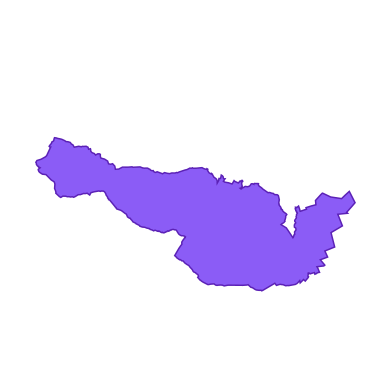 outline of Cetate, Bistrita-Nasaud, Romania, rotated 208°
{"feature_id": "2599482B32384064794632", "entity_name": "Cetate", "entity_type": "district", "adm_level": 2, "iso_a3": "ROU", "parent_name": "Romania", "parent_adm1": "Bistrita-Nasaud", "projection": "albers", "projection_center": [24.662, 47.098], "detail": "fine", "context": "isolated", "style": "filled", "palette": "violet", "viewbox_px": 384, "rotation_deg": 208, "n_neighbors": 0, "source": "geoboundaries", "source_scale": "gbopen_adm2", "svg_char_len": 5983}
<svg xmlns="http://www.w3.org/2000/svg" viewBox="0 0 384 384"><g transform="rotate(208 192 192)"><path d="M343.8,144.9L342.9,144.3L342.4,143.4L341.4,142.8L340.5,142.4L339.7,142.5L339.6,142.2L339.0,141.9L338.4,142.1L337.5,142.1L338.4,139.8L337.8,139.0L336.9,138.3L336.1,137.9L335.0,137.7L332.5,137.5L329.1,138.8L321.8,136.5L318.6,136.3L317.7,135.6L316.7,134.5L315.0,130.6L313.5,129.4L312.0,127.9L311.7,127.0L307.0,125.7L305.3,125.6L304.1,127.7L301.5,129.0L299.8,129.3L298.5,130.1L296.8,130.6L295.5,131.6L294.0,131.8L292.8,133.4L291.2,136.2L289.4,137.2L287.0,139.8L285.6,140.4L284.0,141.7L280.9,141.3L280.9,143.9L278.8,146.0L274.7,149.2L273.2,149.5L272.5,150.3L270.6,151.2L269.3,151.1L267.5,150.1L266.3,148.9L264.3,148.0L263.7,147.1L262.6,147.0L262.1,146.1L260.8,146.2L253.4,143.1L252.7,142.7L251.7,142.6L251.5,142.2L250.5,141.7L246.4,142.4L244.7,142.3L241.2,141.7L239.5,141.6L237.2,139.7L235.0,139.5L234.2,139.8L233.0,139.1L231.6,138.7L230.2,137.9L226.9,138.0L226.6,137.7L223.4,137.8L222.5,137.7L222.0,137.3L219.5,137.7L217.1,138.7L215.0,138.9L213.4,139.4L212.7,139.4L212.4,139.7L211.4,139.3L209.5,139.7L207.6,139.7L206.7,140.9L205.4,141.1L204.4,141.1L203.6,141.3L203.6,141.6L203.2,141.6L203.1,141.8L202.7,141.8L202.4,142.1L201.3,141.9L200.0,141.9L199.3,142.1L199.2,142.5L197.9,142.6L197.4,142.9L197.1,143.5L196.6,143.9L196.4,144.5L195.6,145.1L195.5,145.9L195.4,146.1L194.4,146.3L194.2,146.9L193.6,147.1L193.3,148.2L192.6,148.5L192.4,149.0L191.9,149.6L190.7,150.3L189.3,150.5L188.7,150.9L187.7,150.9L186.7,150.2L184.8,149.1L184.1,148.7L182.8,148.4L180.9,148.4L179.3,149.2L177.7,149.5L176.7,149.3L176.7,148.7L176.9,148.4L176.7,148.3L176.9,148.0L177.1,147.2L177.0,146.9L177.1,146.6L177.3,145.9L177.5,143.0L176.4,141.0L176.7,139.6L177.1,136.1L177.4,127.7L175.1,127.1L174.7,126.8L174.1,126.7L171.8,126.4L170.8,126.4L170.5,126.8L169.7,126.7L168.8,126.4L168.1,126.7L167.2,126.9L165.5,126.1L164.7,125.9L162.1,125.6L160.3,125.6L158.3,124.6L155.3,123.6L153.8,122.5L152.9,122.2L150.8,122.4L150.2,122.0L149.6,121.9L148.3,121.9L147.5,121.4L146.7,120.7L146.9,119.3L143.6,118.0L142.9,118.1L142.1,117.8L139.8,117.6L134.5,117.7L133.8,118.1L132.3,119.4L129.4,121.2L127.5,120.9L126.1,121.3L125.2,122.0L123.1,123.3L121.5,124.0L119.5,124.2L116.4,126.7L103.3,133.5L99.6,135.8L99.0,136.5L95.3,135.5L93.8,135.9L90.4,135.6L89.2,135.7L86.8,136.6L84.7,137.7L84.0,137.5L83.2,138.6L76.0,150.3L73.6,149.2L71.4,151.4L70.5,152.0L68.9,152.5L68.2,152.9L65.3,153.2L63.2,154.6L62.7,154.7L57.4,158.9L56.4,160.4L55.9,161.9L55.3,164.3L53.8,162.5L52.4,167.1L50.2,166.5L49.3,170.7L49.3,171.9L50.2,172.1L50.7,173.7L50.6,174.3L51.2,174.5L51.3,175.1L50.0,175.5L49.2,175.2L48.0,176.5L46.1,178.3L44.9,177.1L43.9,178.3L44.0,178.5L42.8,180.1L41.7,180.9L45.0,183.7L46.6,184.7L40.9,188.6L40.4,189.8L46.9,192.4L41.7,198.2L41.8,198.3L47.0,202.3L40.2,210.4L50.2,221.4L43.3,232.7L52.8,240.8L44.6,246.3L45.9,246.7L43.9,255.0L43.0,259.1L53.4,266.4L55.3,261.1L56.8,256.4L67.2,252.7L76.1,252.3L76.4,252.1L77.1,249.9L79.0,242.5L76.6,238.9L80.1,235.7L84.0,231.7L82.8,230.6L84.8,228.5L87.4,225.7L87.5,225.7L88.7,227.2L91.3,229.6L92.3,227.2L93.1,227.4L93.5,227.1L93.1,226.8L93.0,225.6L92.0,224.9L91.5,224.1L90.9,224.2L90.4,223.9L90.1,223.2L89.1,223.0L88.9,222.5L89.2,221.6L89.1,221.0L88.7,220.5L88.6,219.4L88.4,218.9L87.8,218.4L87.7,217.9L88.0,215.6L87.9,215.0L87.3,214.2L86.8,214.1L86.0,213.5L85.9,213.1L86.2,212.2L86.3,211.7L85.9,210.4L85.5,209.7L84.9,208.9L83.7,209.0L83.1,208.4L82.6,207.7L82.4,207.1L82.7,204.9L81.4,202.7L81.6,202.3L81.8,202.1L81.3,199.8L81.3,199.4L81.4,199.0L91.9,204.6L98.1,205.0L97.7,206.3L97.2,206.9L96.5,208.2L96.2,209.9L96.7,210.1L96.9,211.7L97.3,213.4L98.0,214.8L97.7,216.6L98.6,217.0L101.5,217.4L102.9,217.8L103.8,218.7L104.4,218.8L104.9,218.5L105.6,219.0L105.5,219.4L106.8,220.4L106.9,220.5L107.5,220.7L109.1,221.5L109.1,221.8L109.4,222.1L109.5,222.4L110.2,222.9L110.4,223.5L111.3,226.2L114.1,229.4L115.5,229.6L117.8,228.5L119.7,228.9L120.8,228.4L123.1,228.1L124.6,227.1L131.0,227.9L132.6,228.4L135.4,228.7L136.6,229.3L137.2,230.1L137.1,230.5L137.3,230.6L140.9,228.8L141.1,228.2L141.5,228.0L141.3,227.8L142.7,227.6L143.2,227.3L143.6,226.8L143.7,225.3L144.0,224.2L145.3,222.8L147.7,221.9L148.4,220.7L148.5,220.3L149.6,219.2L149.7,218.2L150.1,217.7L151.2,217.9L150.6,218.4L150.5,219.0L150.5,219.7L150.3,220.6L151.9,222.4L152.5,223.8L152.4,224.9L152.2,225.1L152.7,225.7L153.3,225.8L153.4,225.3L153.9,224.6L154.7,224.4L154.8,224.0L154.6,223.5L155.1,222.8L155.4,221.7L159.3,221.5L160.2,221.8L160.3,218.1L160.8,217.8L164.0,217.3L167.7,216.1L169.3,216.2L169.1,219.1L169.7,218.7L170.5,218.7L171.8,220.2L172.8,220.6L174.1,220.7L173.2,217.7L173.3,217.2L174.5,216.7L174.4,216.0L173.8,214.7L173.9,211.7L174.6,212.9L174.8,213.6L176.5,214.9L178.7,215.3L179.5,215.3L180.7,216.1L181.7,216.6L182.3,217.3L183.5,217.5L183.4,217.0L185.8,216.9L188.2,218.2L188.7,219.5L189.8,219.6L189.8,218.8L191.3,218.4L192.6,218.2L194.6,218.2L199.4,215.0L202.1,213.5L202.9,213.6L203.8,212.6L205.1,212.1L206.9,209.5L208.6,208.0L212.8,203.6L213.8,202.2L214.8,202.0L215.7,200.9L218.8,199.3L220.4,197.7L222.6,196.9L225.4,196.2L226.5,194.3L232.3,193.5L233.1,192.4L233.8,192.0L235.2,192.0L236.3,192.7L237.1,192.1L238.7,191.8L239.9,192.3L241.5,192.1L242.3,192.3L244.2,191.3L245.2,190.7L246.9,190.1L249.6,189.8L255.8,186.1L256.7,186.1L260.3,183.8L265.1,181.3L267.5,177.8L270.3,176.1L272.3,178.6L275.4,179.7L276.9,178.3L278.9,177.7L281.0,179.7L284.7,180.0L288.3,179.2L289.2,179.9L290.0,181.0L290.6,182.2L291.7,182.2L293.2,181.4L294.5,179.4L296.4,180.1L298.6,179.8L300.5,180.4L301.2,181.6L302.0,182.5L303.4,181.2L304.8,182.7L306.9,182.7L309.0,181.4L310.3,180.8L310.9,180.0L313.5,179.2L317.0,176.3L319.5,177.8L321.0,177.7L322.7,178.6L324.9,178.2L327.2,177.3L328.3,177.6L331.7,177.4L333.7,176.9L335.6,176.3L337.3,176.0L338.9,175.4L338.7,174.1L338.2,172.4L338.6,171.3L339.3,170.2L338.9,169.0L339.3,167.5L339.6,165.3L338.6,164.9L337.9,165.3L337.4,155.9L337.9,154.3L340.6,150.1L343.7,147.0L343.8,144.9Z" fill="#8b5cf6" stroke="#5b21b6" stroke-width="1.5"/></g></svg>